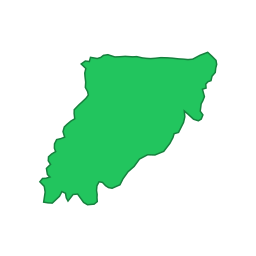 Miraguaí, Rio Grande do Sul, Brazil, rotated 288°
{"feature_id": "56859067B90024458991146", "entity_name": "Miraguaí", "entity_type": "district", "adm_level": 2, "iso_a3": "BRA", "parent_name": "Brazil", "parent_adm1": "Rio Grande do Sul", "projection": "albers", "projection_center": [-53.751, -27.495], "detail": "fine", "context": "isolated", "style": "filled", "palette": "green", "viewbox_px": 256, "rotation_deg": 288, "n_neighbors": 0, "source": "geoboundaries", "source_scale": "gbopen_adm2", "svg_char_len": 1544}
<svg xmlns="http://www.w3.org/2000/svg" viewBox="0 0 256 256"><g transform="rotate(288 128 128)"><path d="M65.8,131.5L71.5,137.9L78.1,138.9L86.3,141.5L93.4,145.7L102.0,148.5L108.6,154.9L110.7,162.0L114.2,166.1L116.8,169.2L126.4,172.6L132.8,173.7L136.8,173.6L139.4,177.4L150.4,179.1L156.2,178.6L161.6,176.3L159.6,181.0L156.6,187.6L156.6,192.7L159.1,194.9L163.6,195.2L166.3,191.5L173.6,190.1L176.9,190.7L181.4,191.0L187.9,186.8L190.1,189.9L193.7,188.4L196.7,189.7L198.7,192.3L203.2,191.9L207.8,193.8L212.2,192.9L215.9,192.7L219.5,190.8L222.1,185.8L224.6,180.4L219.5,174.1L213.4,168.2L211.6,163.9L210.6,159.4L209.4,154.8L208.1,148.5L206.9,143.8L205.1,137.6L202.8,132.5L201.0,128.1L200.0,124.3L199.1,120.0L198.6,114.3L197.1,110.4L195.3,103.3L193.0,97.6L191.5,93.5L191.5,86.2L189.5,82.2L186.7,80.3L184.6,77.3L183.6,70.5L179.3,70.7L178.5,66.7L174.4,63.7L171.6,69.5L166.9,69.9L163.7,71.2L158.5,73.6L153.4,74.9L150.1,78.4L147.0,80.1L143.2,78.8L138.4,76.2L135.3,74.4L132.1,72.8L128.8,71.2L125.1,72.3L120.3,74.5L117.0,71.6L112.7,68.9L109.3,67.1L104.5,67.3L99.7,70.6L97.2,67.5L94.9,63.7L90.2,63.0L86.1,64.2L83.2,66.5L79.7,63.4L76.0,61.3L72.2,62.3L69.5,65.6L64.4,62.9L61.6,64.3L58.8,65.8L57.3,68.9L54.8,65.5L53.6,62.3L49.6,60.8L46.6,66.4L41.5,69.0L31.4,70.7L32.1,75.1L33.2,79.2L41.8,83.9L47.1,84.8L46.6,88.7L42.5,90.9L40.0,93.5L47.8,96.3L49.6,100.5L43.5,108.8L42.5,113.2L45.1,119.3L48.5,121.5L52.2,120.0L55.2,119.2L58.8,117.4L63.4,116.3L67.9,117.1L68.4,120.5L66.2,124.5L65.3,127.9L65.8,131.5Z" fill="#22c55e" stroke="#15803d" stroke-width="1.5"/></g></svg>